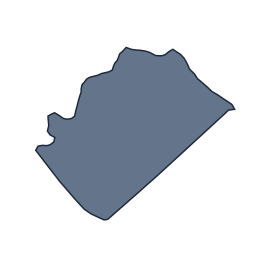 outline of Nova Belém, Minas Gerais, Brazil, rotated 131°
{"feature_id": "56859067B88736774373870", "entity_name": "Nova Belém", "entity_type": "district", "adm_level": 2, "iso_a3": "BRA", "parent_name": "Brazil", "parent_adm1": "Minas Gerais", "projection": "equal_earth", "projection_center": [-41.116, -18.489], "detail": "fine", "context": "isolated", "style": "filled", "palette": "slate", "viewbox_px": 256, "rotation_deg": 131, "n_neighbors": 0, "source": "geoboundaries", "source_scale": "gbopen_adm2", "svg_char_len": 1100}
<svg xmlns="http://www.w3.org/2000/svg" viewBox="0 0 256 256"><g transform="rotate(131 128 128)"><path d="M42.1,65.0L42.5,69.2L43.3,74.6L44.1,81.6L45.4,88.6L45.1,95.0L45.1,102.5L45.2,108.0L43.6,113.3L43.2,120.3L41.5,123.6L40.0,127.3L38.6,131.3L38.0,136.4L38.7,141.5L39.2,145.8L43.9,147.3L48.2,148.0L51.3,149.8L55.2,154.6L56.8,161.4L58.8,165.8L61.3,169.7L64.0,173.3L66.4,177.0L68.5,182.3L72.8,182.3L77.7,182.9L81.1,181.4L84.0,180.5L87.6,180.5L90.9,179.5L94.5,177.9L97.6,179.0L100.6,181.0L104.1,183.6L108.3,185.6L111.2,187.6L114.9,190.2L118.2,191.3L122.2,191.0L125.4,191.1L128.9,189.2L131.8,186.8L135.0,185.6L139.3,183.6L143.7,181.4L147.0,179.8L150.8,177.9L154.0,176.0L158.2,177.0L161.2,179.6L163.2,183.0L163.7,188.0L164.7,193.5L168.6,195.2L171.5,196.2L174.6,193.1L178.3,189.3L183.2,186.8L184.3,182.3L183.2,177.0L187.1,174.8L192.0,175.9L194.6,177.7L197.4,181.4L200.8,184.0L205.4,183.0L213.1,144.5L216.4,121.8L218.0,108.0L217.0,99.2L213.1,85.8L210.3,83.4L167.8,77.6L158.6,76.5L150.9,75.4L141.8,74.3L53.4,64.3L48.6,63.9L43.9,59.8L42.1,65.0Z" fill="#64748b" stroke="#1e293b" stroke-width="1.5"/></g></svg>